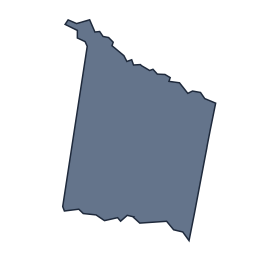 East Feliciana, Louisiana, United States of America, rotated 101°
{"feature_id": "52423323B7824405482289", "entity_name": "East Feliciana", "entity_type": "district", "adm_level": 2, "iso_a3": "USA", "parent_name": "United States of America", "parent_adm1": "Louisiana", "projection": "mercator", "projection_center": [-91.101, 30.825], "detail": "fine", "context": "isolated", "style": "filled", "palette": "slate", "viewbox_px": 256, "rotation_deg": 101, "n_neighbors": 0, "source": "geoboundaries", "source_scale": "gbopen_adm2", "svg_char_len": 790}
<svg xmlns="http://www.w3.org/2000/svg" viewBox="0 0 256 256"><g transform="rotate(101 128 128)"><path d="M86.9,46.7L84.5,58.3L79.3,63.6L79.4,71.7L82.6,75.9L73.8,86.1L74.4,96.7L70.5,96.2L68.4,101.9L69.5,109.5L65.6,114.7L67.4,117.7L64.3,126.5L63.4,128.0L65.1,134.6L60.3,137.4L62.9,141.8L57.8,145.8L50.3,159.4L46.6,158.9L42.9,164.3L42.9,170.0L38.7,174.2L40.1,178.8L29.1,186.3L35.3,198.4L33.3,207.4L38.3,209.5L41.9,196.3L49.3,194.9L51.4,186.6L55.6,183.6L135.9,180.4L217.6,177.1L221.6,174.6L217.1,160.8L220.5,155.6L219.4,142.8L223.4,133.4L218.0,121.1L220.9,117.5L213.9,112.1L214.1,105.5L214.5,105.8L219.1,98.3L212.2,72.3L219.2,63.8L219.6,54.4L226.9,46.6L199.4,46.5L140.4,46.8L133.2,46.8L130.0,46.9L125.0,46.9L114.1,46.9L86.9,46.7Z" fill="#64748b" stroke="#1e293b" stroke-width="1.5"/></g></svg>